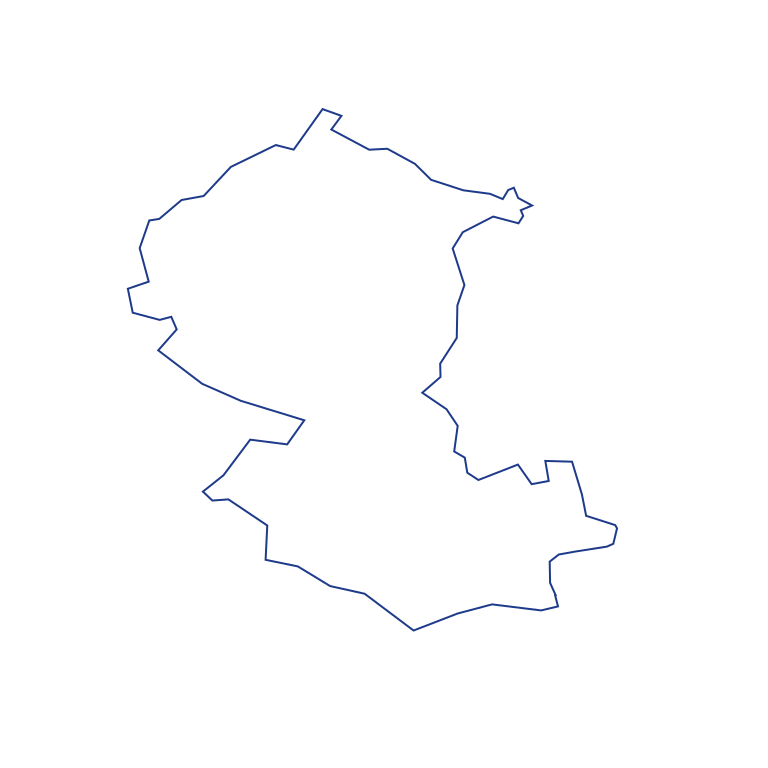 outline of Bulungur, Samarkand, Uzbekistan, rotated 335°
{"feature_id": "79887680B67251663283691", "entity_name": "Bulungur", "entity_type": "district", "adm_level": 2, "iso_a3": "UZB", "parent_name": "Uzbekistan", "parent_adm1": "Samarkand", "projection": "mercator", "projection_center": [67.382, 39.691], "detail": "fine", "context": "isolated", "style": "outline", "palette": "blue", "viewbox_px": 768, "rotation_deg": 335, "n_neighbors": 0, "source": "geoboundaries", "source_scale": "gbopen_adm2", "svg_char_len": 1174}
<svg xmlns="http://www.w3.org/2000/svg" viewBox="0 0 768 768"><g transform="rotate(335 384 384)"><path d="M450.3,647.9L450.5,634.4L459.1,615.0L470.3,612.4L486.9,616.8L517.4,625.6L524.3,625.7L534.2,613.3L533.9,609.6L511.5,588.9L516.7,567.7L521.6,533.9L497.7,521.9L492.3,541.5L475.5,537.2L471.3,513.6L429.0,510.9L422.0,499.6L426.1,484.9L419.1,474.8L433.1,453.1L430.0,433.3L415.0,408.1L438.2,401.5L443.5,389.3L469.4,373.0L483.7,343.8L498.7,328.3L503.5,290.2L519.6,279.7L553.7,278.4L573.8,295.2L581.2,290.5L581.4,284.3L593.6,284.8L584.2,272.1L584.6,261.0L578.5,260.7L569.8,266.6L560.4,256.4L537.8,242.0L513.0,218.9L505.1,197.6L486.4,172.2L469.6,165.4L443.8,131.1L458.7,123.0L444.5,108.9L401.2,133.4L386.9,121.7L337.0,122.5L300.0,137.4L278.3,131.7L250.1,139.4L240.4,136.6L220.0,157.6L214.0,191.8L192.1,189.4L186.4,213.2L207.8,231.1L219.6,233.2L219.2,246.9L193.6,258.1L219.3,307.0L247.1,338.7L296.4,383.2L270.7,397.8L239.2,377.9L199.9,398.9L174.4,405.0L179.2,417.1L194.2,422.8L218.4,462.9L202.4,493.3L228.8,512.9L249.8,544.4L277.8,565.9L306.6,619.9L353.6,623.1L388.8,629.4L430.7,655.6L447.7,659.1L449.8,647.8L450.3,647.9Z" fill="none" stroke="#1e3a8a" stroke-width="2"/></g></svg>